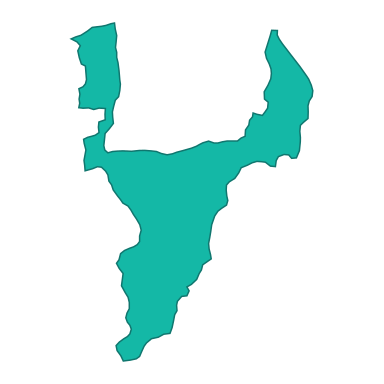 outline of São José de Ribamar, Maranhão, Brazil
{"feature_id": "56859067B58306550614975", "entity_name": "São José de Ribamar", "entity_type": "district", "adm_level": 2, "iso_a3": "BRA", "parent_name": "Brazil", "parent_adm1": "Maranhão", "projection": "robinson", "projection_center": [-44.138, -2.581], "detail": "fine", "context": "isolated", "style": "filled", "palette": "teal", "viewbox_px": 384, "rotation_deg": 0, "n_neighbors": 0, "source": "geoboundaries", "source_scale": "gbopen_adm2", "svg_char_len": 2939}
<svg xmlns="http://www.w3.org/2000/svg" viewBox="0 0 384 384"><path d="M114.5,23.0L111.0,23.7L106.0,25.4L101.5,26.3L97.0,26.8L92.2,27.4L87.6,31.0L80.9,35.3L75.8,36.9L71.2,38.9L77.0,41.9L80.3,45.7L77.8,50.8L79.3,57.7L81.4,64.0L85.4,66.0L86.5,79.7L85.4,83.9L83.0,86.8L78.9,88.7L79.9,94.2L79.1,99.1L79.7,103.3L78.8,107.7L83.0,108.2L88.7,107.9L93.7,109.5L99.0,108.1L105.4,108.5L105.0,114.3L105.2,119.8L98.9,122.0L98.4,127.1L99.0,132.6L95.3,135.2L91.6,136.3L87.7,137.3L83.6,139.3L84.2,143.4L85.9,150.0L84.0,160.4L84.7,165.6L85.1,170.8L92.6,168.7L97.4,166.7L101.5,167.2L105.6,171.1L107.9,174.9L108.9,181.1L111.6,184.9L113.2,189.9L117.7,196.1L120.5,199.6L122.9,203.1L128.0,206.0L130.9,210.0L133.4,214.4L136.5,219.0L139.8,224.7L141.2,230.2L139.6,236.0L139.6,241.5L137.3,244.6L133.7,246.8L129.5,248.3L124.5,250.5L120.6,253.6L119.0,259.8L116.5,263.3L119.2,268.4L123.1,273.5L121.5,285.8L125.1,292.4L128.1,297.3L129.3,302.4L129.3,308.7L127.0,313.1L125.8,317.8L127.4,322.2L129.9,325.3L131.3,329.2L129.9,333.9L127.4,336.6L123.9,338.7L119.4,342.0L116.1,345.6L117.1,350.6L120.8,355.7L123.3,361.0L130.3,360.1L136.3,358.8L139.6,356.4L142.0,350.8L144.1,346.2L146.5,342.9L151.5,338.7L158.3,337.2L163.8,334.2L170.0,333.4L172.1,327.6L173.5,321.0L174.7,314.7L177.0,310.7L176.6,305.2L177.4,301.3L181.7,296.4L186.9,295.8L189.1,290.9L186.9,286.9L191.4,284.4L196.7,279.4L199.2,273.5L201.4,270.0L202.7,264.8L208.0,261.1L211.2,258.9L210.5,254.5L209.1,249.0L208.6,243.5L209.7,237.8L210.7,231.8L211.7,224.7L214.7,216.0L217.9,211.2L221.5,208.4L226.5,205.1L227.8,200.5L226.8,196.0L226.2,190.1L226.5,185.0L229.3,181.8L234.8,178.4L238.7,172.9L241.2,167.7L247.4,165.2L252.1,162.8L256.9,161.4L261.5,161.7L265.4,162.2L270.4,166.1L275.4,166.6L276.2,160.6L278.4,156.6L284.0,154.5L288.7,154.9L291.6,158.3L296.4,157.9L299.4,150.7L300.3,141.8L300.4,137.5L299.8,131.3L300.4,125.3L303.5,122.3L308.0,118.5L308.2,111.9L308.0,105.8L309.3,100.9L312.1,96.5L312.8,90.7L311.3,85.2L308.7,79.2L306.6,76.0L303.5,71.6L299.8,66.4L290.5,54.4L282.3,43.7L279.2,39.1L277.2,35.0L277.4,30.5L271.7,30.3L270.2,35.8L265.1,52.1L266.5,58.3L269.2,63.8L271.0,68.9L271.4,73.5L270.8,78.8L268.0,85.2L264.2,91.8L264.5,99.1L268.2,102.2L267.6,108.2L264.9,112.1L262.4,115.4L256.9,114.3L253.1,113.0L252.5,116.9L249.6,120.2L248.8,125.1L245.5,129.9L245.1,136.3L241.0,138.1L237.5,141.0L227.2,141.0L222.4,141.8L218.0,143.0L214.0,143.0L208.6,141.1L202.9,142.8L199.5,144.5L196.3,146.3L191.4,148.2L182.6,150.7L176.8,152.2L172.5,153.8L167.1,154.8L161.3,153.5L156.4,151.5L151.1,150.9L144.7,150.4L139.3,150.5L135.4,150.9L131.5,151.3L127.7,151.1L122.9,150.9L117.7,151.1L112.7,151.5L107.9,152.8L104.8,150.0L103.8,145.6L104.4,140.3L105.1,133.5L109.2,128.9L113.4,123.4L112.7,117.2L112.4,111.9L113.7,106.2L115.3,100.2L118.6,96.7L119.8,90.5L120.4,84.1L119.8,80.1L119.4,75.1L119.0,70.5L118.0,62.7L116.7,57.4L116.7,52.3L115.5,47.5L116.1,41.9L116.7,35.6L115.2,28.8L114.5,23.0Z" fill="#14b8a6" stroke="#0f766e" stroke-width="1.5"/></svg>